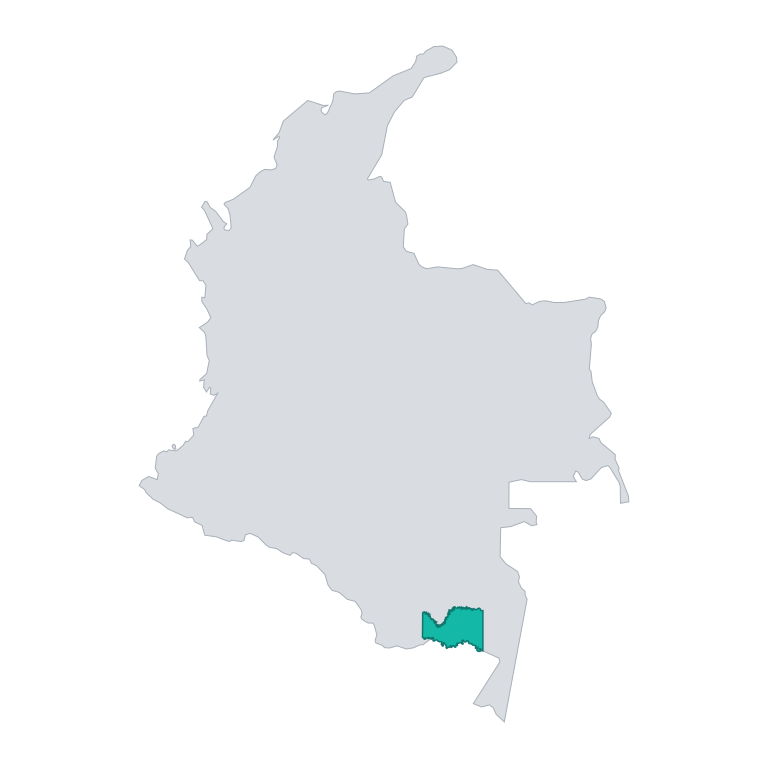 Puerto Arica, Amazonas, Colombia shown in context
{"feature_id": "7082276B12752174373355", "entity_name": "Puerto Arica", "entity_type": "district", "adm_level": 2, "iso_a3": "COL", "parent_name": "Colombia", "parent_adm1": "Amazonas", "projection": "mercator", "projection_center": [-71.635, -1.936], "detail": "fine", "context": "in_parent", "style": "filled", "palette": "teal", "viewbox_px": 768, "rotation_deg": 0, "n_neighbors": 0, "source": "geoboundaries", "source_scale": "gbopen_adm2", "svg_char_len": 9605}
<svg xmlns="http://www.w3.org/2000/svg" viewBox="0 0 768 768"><path d="M449.7,69.6L441.0,73.2L424.0,77.6L412.3,97.0L404.3,100.3L394.5,111.8L387.3,125.9L381.8,154.6L367.3,179.0L368.4,180.0L374.2,179.0L379.7,176.3L381.6,177.1L383.6,181.4L390.2,182.4L395.5,202.1L405.5,212.1L406.6,215.9L407.9,224.1L404.3,229.0L403.3,247.0L406.4,251.4L413.9,253.2L418.9,264.3L422.0,266.9L426.6,268.7L437.6,266.9L457.4,268.8L462.1,268.5L473.2,264.6L487.3,269.4L497.7,270.2L526.0,303.8L528.8,302.8L532.4,304.8L539.6,301.4L545.7,300.8L553.8,302.5L564.5,302.5L586.0,299.0L589.2,297.1L600.9,299.0L604.4,301.5L606.1,307.8L604.7,311.7L600.6,315.6L598.4,320.6L597.9,326.7L595.8,331.2L592.0,334.1L590.6,338.4L591.4,344.0L589.3,369.3L591.0,371.3L592.2,381.7L597.1,395.2L599.5,399.1L603.7,402.2L611.3,413.3L609.6,417.1L590.2,434.4L589.2,438.4L592.9,436.8L598.9,438.4L600.9,442.6L615.3,454.7L615.1,459.3L619.2,468.4L618.5,470.5L628.5,496.3L628.8,501.8L620.5,503.3L620.2,485.9L619.0,482.4L609.6,467.0L607.7,465.7L601.4,467.5L591.0,478.9L586.1,480.6L582.2,479.0L578.3,472.2L575.7,471.0L573.2,476.7L576.4,481.7L530.3,481.7L521.3,479.6L509.0,482.2L508.9,508.4L530.6,508.7L536.6,516.2L536.1,522.3L537.0,524.5L531.8,525.8L524.2,521.6L510.7,526.6L500.7,527.7L500.1,556.7L506.0,563.9L517.7,571.6L519.4,576.8L518.5,581.8L521.3,588.0L525.1,591.3L525.1,595.1L527.1,599.2L504.3,721.9L496.2,714.4L493.2,707.6L489.2,704.9L481.6,707.0L473.3,703.6L499.9,661.9L499.0,658.2L476.8,648.0L474.5,645.5L463.9,640.0L458.0,641.6L454.7,644.3L446.6,645.1L440.1,640.7L432.3,637.8L422.9,644.8L420.1,644.8L413.5,647.8L406.4,649.0L397.1,645.9L389.6,648.0L384.4,647.6L382.4,645.4L375.8,642.9L375.1,640.1L376.9,634.9L374.1,624.8L373.0,623.1L367.9,623.0L362.0,619.3L360.8,617.1L362.1,613.0L361.0,609.5L355.2,601.4L347.2,599.3L339.5,592.5L331.8,590.2L328.2,585.4L324.9,574.5L316.9,566.0L311.3,563.1L309.4,559.1L303.6,558.6L295.8,553.1L292.4,552.7L290.0,555.4L282.7,552.6L276.5,548.5L270.1,547.5L266.0,545.0L258.4,537.1L250.2,533.4L245.5,534.7L243.9,540.5L241.2,541.6L231.7,540.1L230.2,541.3L227.7,541.1L216.2,536.8L204.8,535.2L202.0,525.4L194.7,521.9L192.5,517.3L187.4,517.8L167.9,508.9L159.9,502.7L153.1,499.3L145.9,492.4L144.7,489.6L139.2,485.6L141.9,480.4L148.6,476.5L157.3,479.6L158.3,473.5L155.2,468.2L156.7,456.1L159.0,453.4L163.7,450.9L166.7,451.9L168.6,449.9L175.7,450.8L177.8,449.9L183.3,445.1L185.6,441.2L188.0,441.6L193.8,435.0L192.9,428.5L198.3,427.0L204.0,416.3L206.5,416.0L207.7,410.9L217.7,393.2L214.1,395.3L210.2,394.0L210.8,388.1L209.6,387.4L206.4,392.0L203.6,387.3L204.3,379.7L199.8,381.1L200.0,379.4L206.6,373.6L209.3,360.6L207.1,355.8L205.8,336.2L204.6,332.5L199.3,327.6L207.7,322.0L210.8,317.7L206.9,309.0L201.9,301.7L201.8,297.2L204.8,297.7L206.0,285.5L203.1,280.8L199.6,280.7L188.4,262.7L184.5,259.0L187.4,250.3L190.8,246.5L190.1,239.9L192.4,240.2L197.2,246.2L199.1,245.3L206.7,239.6L206.9,234.3L212.9,228.7L204.4,210.2L201.5,207.3L205.0,201.4L207.0,201.7L210.3,207.5L215.6,211.3L223.4,221.6L226.8,223.9L224.4,226.3L223.9,228.7L225.0,230.1L229.4,230.4L231.2,227.5L230.0,215.0L228.1,208.7L224.0,204.3L225.3,202.4L233.3,199.3L250.0,187.3L255.7,176.0L260.0,171.9L264.9,169.3L271.0,169.9L275.7,168.5L277.1,164.9L274.0,157.1L277.5,146.3L277.4,140.9L279.7,137.6L278.9,136.3L272.9,140.1L279.1,132.6L283.4,121.0L307.7,100.5L323.4,105.5L328.4,105.2L321.9,107.7L320.9,110.7L323.2,113.8L325.6,114.7L327.6,112.7L332.9,100.7L333.6,94.1L336.0,91.8L339.3,91.0L354.7,93.9L369.4,92.9L393.2,75.8L411.2,68.5L415.7,61.4L416.8,56.1L420.1,54.1L423.5,54.1L425.6,51.2L433.8,46.6L442.7,46.1L452.0,50.1L456.4,57.1L457.1,62.0L449.7,69.6ZM175.9,448.6L174.8,449.5L172.8,447.9L172.1,445.9L173.3,444.4L175.0,444.9L175.9,448.6Z" fill="#d9dde1" stroke="#a8b0b8" stroke-width="1"/><path d="M482.9,650.9L482.9,610.6L482.2,610.8L481.2,610.7L480.9,610.4L480.2,608.9L479.5,608.3L479.0,608.2L478.3,608.4L477.8,608.7L477.3,609.3L476.2,609.6L474.8,609.3L473.6,608.6L473.3,609.0L473.5,609.2L473.4,609.5L472.9,609.3L472.4,610.1L472.1,610.3L471.7,610.0L471.7,608.9L471.1,609.0L470.7,608.9L470.8,608.6L470.7,608.0L470.6,608.4L470.4,608.5L470.0,608.2L469.7,608.4L469.4,607.9L469.1,607.8L468.5,608.1L468.7,608.6L468.2,608.8L468.3,608.3L468.1,608.1L467.6,608.5L467.2,608.3L467.1,607.7L467.3,607.3L466.9,607.0L466.9,607.7L466.2,607.4L465.8,607.4L465.7,608.1L466.0,608.4L466.1,608.6L465.5,608.6L465.3,609.0L465.1,608.6L464.8,608.4L464.2,608.5L464.3,607.9L463.9,607.9L463.1,607.4L462.8,607.6L462.6,608.8L462.0,609.0L462.3,608.6L462.3,608.2L462.0,607.8L461.7,607.8L461.4,607.2L461.1,607.6L460.7,607.4L460.0,607.3L460.2,607.9L460.0,608.0L459.7,607.8L459.5,607.1L458.9,607.1L458.6,607.3L458.9,607.7L458.9,607.9L458.7,608.0L458.6,607.9L458.5,607.4L458.2,607.5L457.8,607.3L457.2,608.0L456.4,608.1L455.3,607.8L455.3,607.4L454.8,606.8L454.5,606.8L454.2,607.1L453.5,607.2L453.2,607.5L453.8,607.6L454.0,607.4L454.2,607.5L453.0,608.4L454.1,608.6L454.3,609.6L454.2,609.9L453.5,609.8L452.8,609.9L452.2,611.0L451.8,611.3L451.5,611.2L451.8,610.8L452.0,610.4L452.0,610.1L451.6,609.7L451.4,609.7L451.2,610.0L450.4,610.3L449.4,610.0L448.9,610.1L449.1,611.1L449.7,611.6L449.8,612.3L449.6,612.5L449.3,612.0L448.8,612.0L448.5,612.1L448.5,612.4L448.7,612.7L449.8,613.0L449.8,613.3L449.5,613.7L449.8,614.2L449.5,614.4L448.5,613.4L448.2,613.4L448.5,613.8L448.4,614.1L448.1,614.2L448.2,614.6L447.8,614.8L448.1,615.3L448.1,616.1L447.9,616.4L447.4,616.5L447.6,617.2L447.3,617.2L447.1,617.5L446.9,617.3L446.1,617.4L446.2,617.6L446.0,618.0L446.3,617.8L446.6,618.2L446.5,618.3L446.0,618.3L446.3,618.6L446.4,619.1L445.8,619.0L445.0,619.3L444.9,619.9L445.4,620.1L445.6,620.6L445.4,621.0L445.4,621.3L445.2,621.9L445.1,621.5L444.8,621.4L444.8,622.1L444.6,622.1L444.6,621.7L444.3,621.8L444.5,622.1L444.1,622.2L444.0,622.5L443.8,622.3L443.7,622.5L443.4,622.5L443.1,622.7L443.4,623.2L444.0,623.5L443.2,623.6L443.2,623.8L443.5,623.7L443.2,624.3L443.0,623.9L442.6,624.0L442.9,624.2L442.5,624.3L442.7,624.6L442.7,624.9L442.2,624.7L442.1,625.0L441.8,625.1L441.7,625.0L441.9,624.8L441.6,624.5L441.5,625.1L441.0,624.9L440.9,625.1L441.3,625.3L441.2,625.5L440.7,625.2L440.5,625.7L440.4,625.2L440.0,625.3L439.9,625.0L439.3,625.0L439.1,625.5L439.6,626.0L439.3,626.0L438.8,626.4L438.8,626.6L439.2,626.6L439.2,626.8L438.9,627.0L438.6,627.0L438.3,627.2L438.2,627.2L438.2,626.9L437.6,626.8L437.5,626.4L437.9,626.5L437.9,626.3L437.8,626.1L437.6,626.3L437.6,626.1L437.3,626.1L437.4,625.8L437.1,626.0L437.0,625.8L437.0,625.7L437.1,625.3L437.0,625.5L436.6,625.7L436.9,625.0L436.4,625.2L436.4,624.4L436.1,624.1L435.7,624.1L435.6,623.7L435.1,623.3L435.6,623.3L435.6,623.1L436.1,622.9L436.2,622.7L435.8,622.9L435.6,622.7L435.3,622.7L435.5,622.4L435.2,622.5L435.0,622.3L435.3,621.8L435.1,621.8L435.0,622.0L434.6,622.2L434.7,621.8L434.4,622.0L434.4,621.6L434.0,621.5L434.2,620.7L434.2,620.3L433.7,620.2L433.6,620.6L433.4,620.3L433.1,620.0L433.1,619.8L433.3,619.8L433.0,619.5L433.0,619.2L432.7,619.2L432.6,619.4L432.2,619.3L431.5,619.5L431.5,619.4L431.9,619.3L431.9,619.0L431.6,619.0L431.6,618.8L431.3,618.5L430.9,618.7L430.6,618.6L430.8,618.6L431.0,618.5L430.5,618.3L430.5,618.1L430.7,617.8L430.4,618.0L430.3,617.6L430.3,617.1L430.7,616.9L430.2,616.9L430.3,616.3L429.8,616.1L429.7,616.4L429.2,616.4L429.6,615.9L429.8,615.9L429.7,615.4L429.1,615.8L428.7,615.5L429.1,615.0L428.5,615.2L428.7,614.7L428.3,614.4L428.7,614.3L429.0,614.0L428.8,613.6L428.5,614.1L428.4,613.8L428.1,613.7L428.3,613.6L428.1,613.4L427.6,613.6L427.7,614.0L427.4,614.0L427.5,613.6L427.3,613.4L427.2,613.9L426.9,614.0L426.8,613.7L425.9,614.0L425.8,613.7L426.1,613.7L426.2,612.9L426.0,613.1L425.7,612.9L425.4,613.2L425.4,612.5L425.0,612.5L424.8,612.3L424.6,612.5L424.3,612.2L423.9,612.3L423.9,612.0L423.0,612.4L422.9,612.8L422.7,612.9L422.5,637.4L423.3,637.8L423.7,638.2L424.0,638.1L424.0,638.9L424.6,639.2L425.2,639.2L425.6,638.9L425.5,638.4L425.3,638.3L425.0,638.5L424.9,638.3L425.3,638.2L426.0,638.4L426.3,637.9L427.1,637.8L427.6,637.8L427.8,638.1L428.0,638.6L428.5,638.5L428.6,637.9L429.0,638.2L429.3,638.0L429.6,638.2L430.0,637.7L430.6,638.0L430.6,638.7L430.9,638.7L431.2,638.3L431.6,639.0L431.9,638.7L432.5,638.7L432.7,638.3L432.5,637.7L432.8,637.6L433.5,637.9L433.6,638.2L433.4,638.9L433.1,639.6L433.0,640.3L433.2,640.9L434.2,641.0L435.5,640.1L436.4,639.9L437.2,640.2L438.2,641.3L439.0,641.4L439.6,641.8L440.2,641.7L441.7,641.9L441.7,642.7L441.4,643.9L441.6,644.2L441.4,644.6L442.5,646.0L443.1,646.0L443.3,645.6L443.4,645.0L443.0,644.0L443.2,643.3L443.7,642.7L444.2,642.9L444.7,643.5L445.3,644.8L446.0,645.3L446.1,645.7L446.5,646.1L446.1,647.4L446.3,647.9L446.6,648.3L447.2,648.1L447.8,647.5L448.1,647.5L449.0,647.1L449.8,647.1L450.2,646.6L450.3,645.9L450.7,645.7L451.1,645.7L451.5,645.9L450.8,646.9L451.2,647.4L451.7,647.2L452.2,646.3L452.4,646.0L453.4,645.7L453.9,645.9L454.0,646.5L454.7,647.1L455.1,647.2L455.7,647.0L455.9,645.5L456.5,645.3L457.0,645.6L457.5,645.3L457.4,644.5L456.9,643.9L457.2,643.3L457.5,643.2L458.8,643.2L460.1,642.7L461.1,642.8L461.6,643.1L461.7,643.6L462.2,644.0L462.8,644.1L463.1,643.8L463.1,643.4L462.5,642.3L462.5,641.8L462.0,640.8L462.4,640.3L462.9,640.2L463.5,640.4L464.0,641.4L464.7,641.9L465.1,642.0L465.9,641.8L466.6,640.9L467.2,640.7L467.6,640.7L468.1,641.0L468.4,641.3L468.8,643.0L469.1,643.5L470.1,643.7L471.0,643.6L471.9,643.7L472.1,644.6L472.6,645.0L474.1,645.3L474.5,645.5L475.2,645.5L476.1,646.1L476.1,646.5L475.5,647.4L475.4,648.0L475.8,648.3L477.0,648.4L477.6,647.8L477.4,648.7L476.9,650.0L477.1,650.6L477.6,651.0L478.3,651.3L478.9,651.4L479.9,651.3L480.4,651.0L480.9,650.4L480.9,649.8L480.2,649.3L479.3,649.0L479.5,648.7L480.0,648.6L481.0,649.1L481.9,650.7L482.3,650.9L482.9,650.9Z" fill="#14b8a6" stroke="#0f766e" stroke-width="1.5"/></svg>